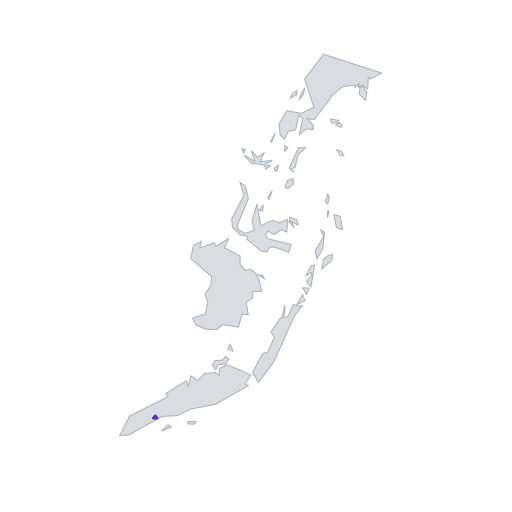 location of Pakpak Bharat, Sumatera Utara, Indonesia, rotated 288°
{"feature_id": "22746128B12751431115951", "entity_name": "Pakpak Bharat", "entity_type": "district", "adm_level": 2, "iso_a3": "IDN", "parent_name": "Indonesia", "parent_adm1": "Sumatera Utara", "projection": "mercator", "projection_center": [98.235, 2.53], "detail": "fine", "context": "in_parent", "style": "filled", "palette": "violet", "viewbox_px": 512, "rotation_deg": 288, "n_neighbors": 0, "source": "geoboundaries", "source_scale": "gbopen_adm2", "svg_char_len": 4741}
<svg xmlns="http://www.w3.org/2000/svg" viewBox="0 0 512 512"><g transform="rotate(288 256 256)"><path d="M177.2,214.8L185.3,225.7L197.5,224.3L203.7,219.2L214.3,222.2L222.6,220.2L233.5,194.7L246.7,193.3L253.0,199.4L246.3,200.0L255.7,212.1L253.1,214.8L264.2,224.6L254.2,223.5L251.0,240.9L243.3,243.4L239.0,250.3L241.7,255.1L238.8,262.8L224.3,272.5L221.0,263.8L215.1,265.9L208.9,261.0L197.9,266.8L196.4,260.6L183.0,261.3L180.5,245.6L173.7,241.2L170.8,230.4L172.0,219.8L177.2,214.8ZM43.2,181.9L64.8,185.2L92.5,213.3L95.9,215.6L97.3,212.7L115.8,228.3L111.3,231.7L121.8,231.0L119.6,239.1L128.2,243.4L132.7,253.2L130.9,257.9L137.8,255.9L143.8,262.6L141.1,287.9L130.8,285.1L130.4,288.7L102.3,263.2L90.5,241.4L79.8,230.4L74.5,216.4L46.5,190.3L43.2,181.9ZM468.8,258.0L468.8,318.9L459.7,310.2L460.8,307.6L449.4,310.6L451.2,304.5L448.1,301.3L449.1,300.9L451.0,301.1L452.0,300.8L446.7,298.4L449.1,297.7L444.3,286.6L434.4,279.8L403.6,269.2L402.4,262.1L398.3,270.0L393.8,271.5L392.3,264.4L385.0,259.7L401.1,258.1L403.2,253.3L388.1,254.6L384.6,248.2L375.9,247.0L378.4,241.7L388.9,237.0L403.7,240.6L405.7,255.2L415.5,265.1L439.3,247.5L468.8,258.0ZM319.1,224.4L308.6,230.9L279.0,228.8L275.4,231.2L274.2,238.9L279.9,246.5L288.3,241.4L305.6,240.9L286.3,251.2L295.0,260.8L294.6,267.4L300.4,274.6L288.4,278.0L288.7,271.8L282.0,266.5L283.4,259.3L279.7,258.5L276.1,261.2L277.7,285.8L269.5,286.0L270.2,271.3L268.7,266.4L263.1,265.3L262.3,259.0L269.1,242.1L272.2,241.7L271.1,234.5L276.2,224.7L283.7,221.4L310.2,225.8L321.2,218.0L319.1,224.4ZM144.1,288.8L165.1,292.3L168.3,297.0L184.6,298.5L188.4,293.6L204.3,298.3L208.7,305.2L221.6,306.4L221.4,312.2L223.3,315.6L210.9,311.1L161.3,305.8L136.5,297.4L144.1,288.8ZM345.6,225.8L354.5,219.1L350.5,226.9L356.4,231.7L347.0,230.9L352.0,242.0L345.2,236.0L342.8,223.1L348.4,213.2L345.6,225.8ZM349.9,260.4L372.0,262.8L374.2,269.6L365.2,264.7L352.9,265.8L349.3,263.1L347.2,266.2L349.9,260.4ZM299.5,314.1L283.3,317.2L271.9,314.9L279.3,310.6L295.3,314.3L300.8,309.4L299.5,314.1ZM252.8,309.8L263.7,311.2L265.6,314.6L243.8,317.8L247.3,311.8L254.8,315.2L257.2,313.9L252.8,309.8ZM319.4,317.2L319.8,324.0L307.6,330.1L308.2,323.6L319.4,317.2ZM143.8,249.2L146.8,256.6L151.0,257.7L149.6,262.3L143.4,260.0L141.4,254.0L135.4,252.7L138.4,248.4L143.8,249.2ZM446.1,310.9L437.8,312.0L441.9,304.3L448.3,302.6L450.3,305.5L446.1,310.9ZM273.8,321.3L278.8,324.6L281.1,328.2L276.0,329.5L264.0,322.7L273.8,321.3ZM337.5,262.4L340.9,267.5L335.9,269.3L330.0,265.5L330.3,262.6L337.5,262.4ZM222.2,309.9L233.7,312.2L228.5,316.4L222.2,309.9ZM240.2,310.3L241.9,316.7L235.1,315.8L240.2,310.3ZM164.0,258.8L158.4,263.6L158.9,257.6L164.0,258.8ZM409.2,284.3L410.5,292.4L408.0,292.8L405.8,286.9L409.2,284.3ZM218.5,298.6L209.7,301.1L206.0,299.7L218.5,298.6ZM303.2,276.1L303.3,283.4L298.3,286.5L300.2,276.7L303.2,276.1ZM60.4,220.4L68.4,224.6L67.3,228.5L60.4,220.4ZM79.8,250.2L76.7,248.7L75.3,242.7L77.7,242.6L79.8,250.2ZM379.0,308.4L377.3,305.4L382.0,300.0L381.8,304.9L379.0,308.4ZM370.1,234.4L379.1,236.4L368.9,235.7L370.1,234.4ZM314.7,249.1L323.1,251.2L313.9,251.0L314.7,249.1ZM299.3,279.7L294.9,283.3L298.8,276.7L299.3,279.7ZM416.8,239.8L421.5,240.5L426.0,243.9L421.7,244.7L416.8,239.8ZM336.9,305.2L333.9,307.9L327.6,308.2L329.2,305.2L336.9,305.2ZM408.9,293.8L406.9,297.6L404.7,297.4L405.0,291.4L408.9,293.8ZM349.5,249.2L344.0,249.8L342.4,248.5L344.8,246.1L349.5,249.2ZM417.6,248.5L424.4,249.1L430.8,250.4L424.6,251.3L417.6,248.5ZM300.7,244.7L306.3,247.2L300.5,248.5L300.7,244.7ZM353.9,213.0L350.1,212.3L353.7,209.5L353.9,213.0ZM314.4,312.3L320.6,310.1L321.4,311.4L314.4,312.3ZM370.0,249.4L369.0,252.8L364.2,251.1L366.6,250.1L370.0,249.4ZM239.4,268.7L237.0,271.0L239.0,264.0L239.4,268.7ZM344.0,236.7L347.0,241.2L345.9,241.9L341.6,238.4L344.0,236.7Z" fill="#d9dde1" stroke="#a8b0b8" stroke-width="1"/><path d="M70.8,212.2L70.9,212.3L71.0,212.3L71.3,212.5L71.3,212.4L71.3,212.2L71.3,211.9L71.3,211.7L71.3,211.8L71.5,211.9L71.6,212.0L71.8,211.9L71.7,211.8L71.7,211.7L71.8,211.6L71.8,211.4L71.7,211.3L71.7,211.2L71.8,211.1L72.0,211.2L72.2,210.9L72.3,210.8L72.5,210.8L72.8,210.8L72.8,210.7L72.8,210.4L72.7,210.3L72.7,210.2L72.8,210.2L73.0,210.2L73.3,210.1L73.3,209.9L73.2,209.8L73.2,209.7L73.0,209.4L73.0,209.2L72.9,209.2L72.7,209.1L72.4,209.0L72.3,208.9L72.2,208.8L72.2,208.7L71.9,208.6L71.7,208.5L71.6,208.4L71.4,208.4L71.4,208.5L71.2,208.4L70.9,208.3L70.8,208.2L70.7,208.1L70.5,207.9L70.4,207.9L70.2,207.9L69.9,207.9L69.7,208.0L69.7,208.3L69.8,208.4L69.8,208.5L70.0,208.7L70.0,208.8L70.0,209.0L70.0,209.3L70.0,209.5L69.9,209.5L69.7,209.6L69.8,209.8L69.8,210.0L69.8,210.3L69.8,210.5L70.0,210.7L70.0,210.8L70.2,211.0L70.3,211.1L70.4,211.3L70.5,211.3L70.5,211.5L70.6,211.8L70.7,212.0L70.8,212.1L70.8,212.2Z" fill="#8b5cf6" stroke="#5b21b6" stroke-width="1.5"/></g></svg>